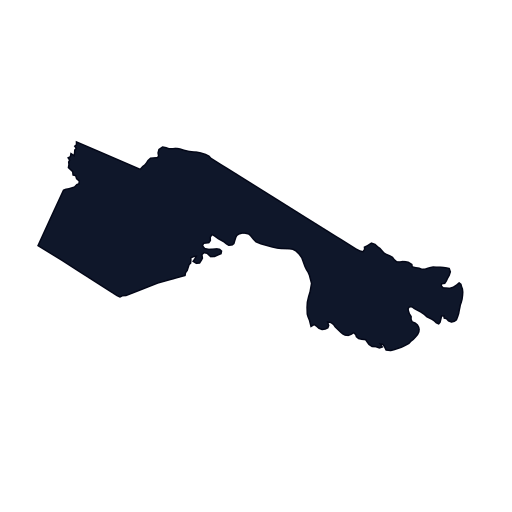 Marapanim, Pará, Brazil (Robinson projection), rotated 108°
{"feature_id": "56859067B57853854676619", "entity_name": "Marapanim", "entity_type": "district", "adm_level": 2, "iso_a3": "BRA", "parent_name": "Brazil", "parent_adm1": "Pará", "projection": "robinson", "projection_center": [-47.711, -0.8], "detail": "fine", "context": "isolated", "style": "filled", "palette": "ink", "viewbox_px": 512, "rotation_deg": 108, "n_neighbors": 0, "source": "geoboundaries", "source_scale": "gbopen_adm2", "svg_char_len": 3487}
<svg xmlns="http://www.w3.org/2000/svg" viewBox="0 0 512 512"><g transform="rotate(108 256 256)"><path d="M177.3,352.3L177.7,357.2L177.7,361.2L178.0,363.6L178.6,365.9L179.6,368.0L180.9,372.0L180.8,375.1L181.2,378.5L184.7,381.2L188.2,381.0L191.3,379.4L193.1,380.4L193.9,382.5L195.6,386.5L198.6,388.2L201.4,388.9L203.9,389.9L205.8,391.3L209.4,392.9L205.3,436.7L203.0,462.0L205.7,461.1L207.6,462.3L209.2,460.1L211.2,461.1L213.9,460.4L216.8,460.0L215.8,463.6L218.9,463.2L220.7,465.0L222.4,462.8L224.5,463.2L226.6,462.2L229.9,461.7L232.4,456.4L235.5,455.0L235.3,452.3L237.9,450.5L239.3,447.2L242.1,446.7L243.4,448.4L246.5,449.9L249.8,454.6L251.4,457.6L252.9,459.4L279.7,462.6L313.5,466.5L320.1,439.0L324.8,421.3L336.6,375.9L337.0,372.7L335.0,370.7L333.8,367.5L325.3,357.1L318.6,349.0L312.0,341.0L296.4,317.5L293.7,317.9L291.0,317.0L287.3,317.0L284.8,317.0L283.0,316.0L280.0,316.7L277.9,317.5L275.6,314.9L274.7,312.7L277.7,313.3L280.5,314.2L281.4,310.5L280.1,307.5L276.6,306.6L274.6,306.3L271.4,307.9L268.9,306.5L268.5,303.3L269.5,301.3L270.6,298.9L269.3,295.3L266.3,292.0L264.6,290.0L262.0,290.3L260.9,292.7L261.3,295.5L262.8,299.0L264.3,303.0L264.8,307.1L262.8,310.1L260.1,309.8L257.9,305.0L255.4,304.2L252.4,305.3L249.2,304.6L249.6,302.0L251.2,297.1L252.4,290.9L253.6,287.8L254.2,285.2L252.8,282.1L251.0,280.9L247.4,281.0L244.3,281.0L242.3,280.6L240.4,279.1L238.5,276.3L237.7,273.8L237.3,269.8L238.2,267.6L240.8,263.6L242.5,260.4L242.9,255.1L242.4,243.5L241.9,238.3L241.1,234.5L238.8,226.6L238.2,223.2L238.8,219.7L240.8,215.6L243.5,211.9L250.8,206.2L253.4,203.7L255.2,201.5L257.7,199.3L264.9,194.7L273.2,193.5L278.2,193.4L284.0,192.9L289.0,191.6L295.4,189.3L297.6,187.8L300.7,185.2L306.0,181.9L303.2,179.5L304.0,176.7L305.3,173.8L305.5,170.4L304.0,167.5L302.1,165.5L299.6,165.4L296.7,167.5L296.1,164.1L297.2,161.0L298.9,158.8L300.7,155.1L302.4,151.6L303.3,149.3L303.7,146.8L303.0,143.7L301.0,141.3L298.7,139.4L300.0,136.8L301.7,135.6L302.8,132.9L302.5,129.6L301.7,125.9L303.3,123.8L305.2,121.2L306.2,117.6L305.2,114.0L305.3,110.2L303.5,107.8L301.2,110.7L300.9,107.9L302.7,105.6L305.2,103.2L304.3,98.7L302.4,95.7L300.2,92.7L297.9,89.6L296.2,87.8L294.3,85.9L291.9,83.6L289.2,82.4L286.7,80.7L283.7,79.3L280.8,78.1L277.8,77.7L275.4,78.2L273.5,79.3L271.7,81.2L270.6,83.9L270.4,87.2L268.3,89.0L265.6,89.8L263.6,92.3L261.0,94.2L259.1,95.1L256.9,94.4L256.1,91.8L257.0,89.3L257.6,86.1L258.3,82.0L259.5,77.9L261.0,74.7L261.3,72.5L261.8,69.1L262.6,66.3L263.8,63.9L264.1,61.3L262.2,60.5L259.0,60.7L255.6,61.0L254.9,58.8L256.9,57.8L256.7,55.5L258.2,52.9L258.4,49.7L256.8,47.2L254.8,45.7L251.4,45.5L248.2,45.5L244.4,46.0L241.5,46.3L239.4,46.6L236.8,46.5L233.4,46.7L229.6,47.4L226.5,48.2L223.6,49.5L221.6,51.1L219.6,52.4L218.8,54.5L221.6,56.2L224.7,58.7L226.9,61.8L227.7,65.2L228.5,68.1L227.2,70.6L225.0,70.9L223.7,68.1L220.9,67.3L218.1,67.0L214.7,66.3L211.0,66.3L208.2,68.4L208.5,71.3L209.0,74.2L209.8,77.6L211.0,81.2L211.7,84.1L213.3,86.9L214.7,89.0L216.3,91.1L217.4,94.2L217.2,97.2L217.8,100.5L218.1,104.1L215.9,105.2L214.9,109.3L215.3,112.4L216.0,114.9L217.2,117.2L218.1,120.3L216.7,123.6L215.1,125.8L214.5,128.8L214.2,132.8L213.7,135.0L212.6,137.0L210.5,140.5L209.8,142.9L208.2,146.4L208.1,150.2L211.7,153.1L214.1,155.6L216.1,154.7L218.9,155.6L219.1,158.9L218.5,162.9L217.6,166.4L214.0,180.6L213.0,185.0L203.8,222.0L193.5,263.1L181.7,310.3L179.9,317.9L177.0,329.2L175.6,331.6L175.0,335.5L175.1,340.6L175.6,344.8L176.4,347.7L177.3,352.3Z" fill="#0f172a" stroke="#020617" stroke-width="1.5"/></g></svg>